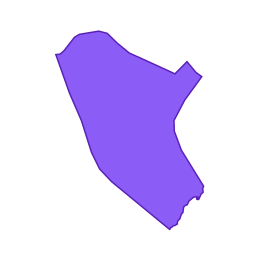 the district of Sant Katrin, Janub Sina', Egypt, rotated 18°
{"feature_id": "37247803B38427943153509", "entity_name": "Sant Katrin", "entity_type": "district", "adm_level": 2, "iso_a3": "EGY", "parent_name": "Egypt", "parent_adm1": "Janub Sina'", "projection": "equal_earth", "projection_center": [34.29, 28.647], "detail": "fine", "context": "isolated", "style": "filled", "palette": "violet", "viewbox_px": 256, "rotation_deg": 18, "n_neighbors": 0, "source": "geoboundaries", "source_scale": "gbopen_adm2", "svg_char_len": 959}
<svg xmlns="http://www.w3.org/2000/svg" viewBox="0 0 256 256"><g transform="rotate(18 128 128)"><path d="M36.7,80.5L61.5,112.8L81.7,135.7L100.8,162.5L113.7,175.8L129.2,184.2L134.3,186.2L198.9,211.6L199.2,211.2L199.3,209.8L199.4,209.5L200.6,208.5L201.2,206.9L202.7,206.3L204.6,204.0L204.1,202.5L204.2,200.6L205.4,198.4L205.3,195.0L205.6,193.2L206.4,190.9L206.0,190.0L205.8,188.2L205.4,186.6L205.7,184.9L206.8,183.7L208.1,182.6L208.3,180.3L208.6,178.6L210.0,176.3L210.9,174.9L211.7,173.7L212.7,172.9L214.2,172.4L215.9,172.1L216.3,173.0L215.6,173.4L215.0,173.7L215.3,174.4L216.2,174.5L217.3,174.1L217.5,172.7L217.7,170.7L218.0,168.0L218.8,166.9L219.3,166.1L218.8,164.7L217.7,162.3L217.8,160.7L217.9,160.0L185.6,132.6L173.0,116.7L169.4,106.7L173.3,83.9L182.3,56.4L175.4,54.1L163.6,46.7L155.9,62.0L131.2,59.1L106.1,56.3L91.5,50.6L79.0,44.4L70.3,44.9L52.9,53.9L49.0,58.4L43.3,74.2L40.6,78.7L36.7,80.5Z" fill="#8b5cf6" stroke="#5b21b6" stroke-width="1.5"/></g></svg>